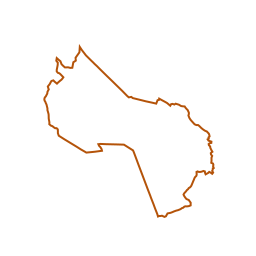 Caruaru, Pernambuco, Brazil (Equal Earth projection), rotated 139°
{"feature_id": "56859067B68143060534399", "entity_name": "Caruaru", "entity_type": "district", "adm_level": 2, "iso_a3": "BRA", "parent_name": "Brazil", "parent_adm1": "Pernambuco", "projection": "equal_earth", "projection_center": [-36.026, -8.188], "detail": "fine", "context": "isolated", "style": "outline", "palette": "amber", "viewbox_px": 256, "rotation_deg": 139, "n_neighbors": 0, "source": "geoboundaries", "source_scale": "gbopen_adm2", "svg_char_len": 2913}
<svg xmlns="http://www.w3.org/2000/svg" viewBox="0 0 256 256"><g transform="rotate(139 128 128)"><path d="M161.3,211.9L162.0,210.4L162.5,209.1L163.7,208.7L165.1,208.1L166.4,206.9L167.8,206.4L169.2,205.8L170.8,205.6L172.2,204.7L173.0,203.4L173.2,202.0L173.7,200.7L174.1,199.2L175.1,197.3L175.9,195.7L177.1,194.3L177.9,192.5L178.9,190.5L179.9,189.2L181.5,187.3L182.4,185.9L183.0,184.8L183.8,183.6L184.9,182.5L184.6,180.3L183.8,178.9L183.6,177.4L183.1,175.6L182.0,174.7L181.9,173.0L183.0,171.6L184.3,170.1L185.3,167.6L183.5,161.5L179.0,147.4L177.6,142.7L176.0,138.1L175.6,136.8L171.8,134.1L168.4,131.7L162.6,127.9L161.8,129.4L161.4,131.6L161.5,133.5L161.0,135.2L159.3,134.1L155.4,130.4L146.2,122.0L142.0,118.1L138.9,107.8L139.5,105.9L142.6,97.6L144.0,93.9L148.1,82.8L153.4,68.5L155.7,62.1L156.3,60.6L158.8,53.6L159.3,52.3L160.4,49.4L162.3,44.0L163.4,41.5L162.3,41.2L161.3,40.3L159.9,39.5L158.8,37.0L157.3,36.5L156.2,36.9L154.2,37.6L151.6,36.1L149.5,35.3L148.4,35.0L146.0,34.1L144.0,33.1L141.6,32.3L139.7,32.1L138.6,31.6L137.1,31.7L136.0,31.2L135.0,30.2L133.3,29.1L131.5,28.5L129.7,30.5L129.4,33.9L130.0,35.0L130.5,36.2L130.4,38.2L130.2,39.8L129.8,41.3L128.6,41.8L127.1,42.0L126.0,42.1L124.1,42.5L122.9,42.4L121.6,42.8L120.0,42.5L118.3,42.8L116.8,43.5L115.2,44.3L113.4,45.2L112.1,45.8L110.9,46.5L109.3,47.0L108.0,47.0L106.9,47.6L106.1,48.6L105.1,49.9L104.0,49.6L103.4,48.4L102.4,47.5L101.0,46.7L99.3,46.1L98.5,44.8L99.2,43.8L99.8,42.1L97.0,41.5L95.5,41.6L94.9,40.1L94.5,38.2L93.0,38.5L92.6,40.4L91.3,41.0L90.5,41.9L89.5,41.6L88.9,43.3L87.7,44.2L87.2,45.4L88.0,47.1L86.5,48.4L84.5,50.8L82.8,51.7L82.7,53.6L82.0,54.7L81.0,54.8L79.9,54.7L79.5,56.8L78.9,59.0L78.1,60.2L78.2,62.0L77.6,63.0L76.4,62.9L74.9,62.1L74.0,63.0L74.7,64.2L75.5,65.6L75.3,67.2L74.0,67.0L73.4,68.1L72.0,68.1L71.3,69.2L70.7,70.7L70.8,73.7L71.6,75.2L72.0,76.5L72.4,78.2L72.7,80.0L72.9,82.9L73.2,84.3L74.5,85.4L75.3,87.1L75.4,91.1L75.4,93.1L75.1,95.2L74.2,97.8L72.8,98.7L72.0,99.7L71.2,102.4L71.3,103.8L71.3,105.6L71.1,107.1L72.3,108.3L73.5,109.7L74.3,112.2L75.3,113.8L76.1,115.1L77.6,115.3L78.5,116.9L79.8,117.7L81.5,117.1L82.1,121.1L82.7,122.9L84.5,127.7L85.2,129.7L86.2,128.9L87.4,129.6L90.7,127.9L93.4,131.6L97.0,136.4L98.8,139.0L104.8,147.5L105.1,149.3L107.3,150.6L107.6,152.8L108.0,159.7L108.7,168.0L109.1,173.2L109.8,181.1L110.5,190.0L110.7,192.8L110.8,194.7L111.2,198.4L111.3,200.3L111.5,202.4L112.1,210.4L111.7,217.2L111.2,220.8L115.0,217.0L120.3,215.7L121.5,215.4L123.2,213.1L124.9,213.3L126.1,213.5L130.5,210.0L132.1,211.2L133.4,213.1L134.9,214.3L135.9,215.2L136.2,217.9L136.3,219.8L135.2,222.7L135.6,225.0L135.9,227.5L138.0,225.8L138.1,223.4L139.7,221.7L142.0,219.9L143.7,218.6L144.7,217.4L144.7,215.6L143.9,214.3L143.7,212.9L143.5,208.7L145.1,208.3L146.6,208.1L148.3,208.2L149.9,208.2L151.1,208.2L152.5,208.1L153.0,211.2L153.1,212.9L154.9,213.7L156.8,213.1L157.8,212.6L161.3,211.9Z" fill="none" stroke="#b45309" stroke-width="2"/></g></svg>